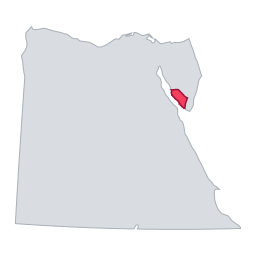 Al-Tur, Janub Sina', Egypt shown in context
{"feature_id": "37247803B51826009871737", "entity_name": "Al-Tur", "entity_type": "district", "adm_level": 2, "iso_a3": "EGY", "parent_name": "Egypt", "parent_adm1": "Janub Sina'", "projection": "orthographic", "projection_center": [33.545, 28.362], "detail": "fine", "context": "in_parent", "style": "filled", "palette": "rose", "viewbox_px": 256, "rotation_deg": 0, "n_neighbors": 0, "source": "geoboundaries", "source_scale": "gbopen_adm2", "svg_char_len": 4580}
<svg xmlns="http://www.w3.org/2000/svg" viewBox="0 0 256 256"><path d="M240.6,228.5L234.4,228.6L228.2,228.8L222.0,228.9L215.7,229.0L209.5,229.1L203.3,229.2L197.0,229.3L190.8,229.3L184.6,229.3L178.3,229.3L172.1,229.3L165.9,229.3L159.6,229.3L153.4,229.2L147.2,229.2L140.9,229.1L137.4,229.0L138.0,227.2L138.4,225.9L138.0,225.0L136.8,224.8L136.0,225.1L134.1,228.8L133.1,228.9L130.9,228.9L123.6,228.7L116.4,228.6L109.2,228.4L101.9,228.1L94.7,227.9L87.4,227.6L80.2,227.3L73.0,227.0L65.8,226.6L58.5,226.3L51.3,225.9L44.1,225.5L36.9,225.0L29.7,224.6L22.5,224.1L15.4,223.6L15.6,219.0L15.9,214.5L16.1,209.9L16.4,205.3L16.7,200.7L16.9,196.2L17.2,191.6L17.5,187.0L17.8,182.4L18.1,177.9L18.3,173.3L18.6,168.7L18.9,164.1L19.2,159.5L19.5,155.0L19.8,150.4L20.1,145.8L20.4,141.2L20.7,136.6L21.0,132.0L21.3,127.4L21.6,122.8L21.9,118.3L22.2,113.7L22.5,109.1L22.9,104.5L23.2,99.9L23.5,95.3L23.8,90.7L24.2,86.1L24.5,81.5L24.8,76.9L24.7,76.1L24.0,72.9L23.4,68.9L22.8,63.9L22.8,62.3L21.6,57.2L21.5,55.8L22.0,54.8L25.0,50.8L25.9,48.8L26.8,46.4L27.1,44.4L26.6,41.2L25.9,38.4L25.8,35.6L25.9,32.8L27.4,31.0L29.2,29.4L29.8,28.3L30.9,27.2L31.6,26.7L32.7,29.2L35.4,29.8L44.4,28.2L54.0,31.0L59.3,32.2L67.5,34.5L72.4,38.2L73.8,38.7L77.5,38.8L79.8,40.9L89.3,42.3L94.3,44.7L97.1,46.6L98.9,47.2L100.4,47.1L102.5,46.5L105.2,45.4L108.1,43.8L114.2,39.5L116.3,38.8L117.6,39.1L119.3,39.1L120.0,37.9L120.9,37.1L121.5,36.2L122.4,35.1L125.5,34.8L131.7,33.0L131.0,33.9L125.4,36.0L127.7,36.3L130.2,35.6L133.0,35.2L133.6,34.3L134.0,32.6L134.5,32.4L136.5,32.7L142.2,35.5L143.6,35.5L147.7,34.2L148.6,33.9L149.9,34.7L152.8,38.0L151.8,37.9L148.6,35.1L148.3,36.5L146.4,38.9L148.7,40.0L150.6,40.5L151.5,41.9L152.2,43.1L154.0,42.6L155.3,40.9L154.7,40.0L154.2,39.0L154.8,39.0L156.1,39.8L159.7,43.0L160.9,43.7L162.4,43.6L165.4,42.7L166.2,42.8L170.2,41.7L170.7,42.5L171.3,43.4L174.5,42.5L179.6,42.5L183.7,41.4L188.5,38.9L188.9,38.5L189.2,39.1L189.7,40.8L191.2,45.2L192.5,48.6L194.1,53.3L194.6,55.2L194.9,56.4L197.2,61.6L198.6,65.9L199.6,69.4L201.1,74.4L201.7,76.2L200.7,77.1L198.8,80.5L196.7,91.0L193.7,99.2L193.4,104.4L192.9,106.2L191.5,108.8L189.7,111.4L186.5,110.1L181.4,105.6L178.4,101.4L175.2,98.6L172.1,95.0L171.3,92.3L171.3,90.6L170.0,86.5L169.1,84.6L165.4,80.2L164.4,77.9L163.6,76.8L162.8,75.4L161.5,69.7L160.1,66.1L158.4,67.1L158.7,68.6L157.3,70.7L156.4,73.1L157.0,75.1L160.0,78.1L160.6,79.4L161.3,82.3L161.1,86.2L161.6,87.5L163.8,90.4L164.6,92.2L165.1,93.6L165.8,95.0L168.1,97.5L171.3,102.3L174.4,105.6L176.6,107.1L177.5,108.7L177.7,112.7L177.6,114.6L179.5,118.3L180.2,120.1L182.2,121.6L183.0,123.3L183.8,126.1L185.1,134.3L186.7,136.3L191.9,147.0L196.3,153.8L198.5,158.9L201.7,165.0L208.2,178.5L212.1,182.7L213.6,185.0L216.4,186.8L219.4,189.4L216.6,189.1L215.8,189.3L214.9,189.8L214.4,191.4L214.2,192.7L214.7,199.6L215.5,203.0L218.1,209.6L220.0,211.6L220.9,212.8L222.2,213.8L228.2,215.9L231.8,220.6L239.8,226.4L240.6,228.1L240.6,228.5Z" fill="#d9dde1" stroke="#a8b0b8" stroke-width="1"/><path d="M171.2,89.9L171.3,90.0L171.5,90.2L171.5,90.3L171.6,90.6L171.8,90.9L171.8,91.1L171.7,91.3L171.7,91.5L171.5,91.9L171.4,92.0L171.4,92.3L171.3,92.5L171.2,92.8L171.3,93.1L171.4,93.4L171.6,93.6L171.6,93.8L171.6,94.0L171.7,94.3L171.7,94.5L171.8,94.7L171.9,94.8L171.9,95.1L172.0,95.2L172.0,95.3L172.3,95.3L172.2,95.3L172.2,95.2L171.9,94.9L172.0,94.7L172.3,94.7L172.4,94.8L172.5,95.0L172.5,95.4L172.5,95.5L172.4,95.5L172.3,95.4L172.3,95.5L172.5,95.6L172.7,95.8L172.7,96.0L172.8,96.1L173.0,96.2L173.1,96.5L173.3,96.7L173.5,96.8L173.7,97.0L173.9,97.0L174.0,97.0L174.2,97.3L174.3,97.5L174.5,97.9L174.6,98.0L174.7,98.3L174.8,98.3L174.9,98.5L175.0,98.6L175.2,98.8L175.3,98.9L175.4,99.1L175.5,99.2L175.8,99.3L176.0,99.4L176.3,99.5L176.5,99.8L176.8,100.0L177.1,100.1L177.4,100.4L177.5,100.5L177.8,100.5L178.0,101.0L178.2,101.3L178.3,101.4L178.3,101.5L178.5,101.8L178.5,101.7L178.8,101.8L178.9,102.0L178.9,102.6L179.0,102.9L179.1,103.0L179.3,103.1L179.3,103.3L179.4,103.2L179.5,103.2L179.7,103.3L179.6,103.5L179.7,103.8L179.8,103.9L179.9,104.0L180.0,104.2L180.1,104.3L180.3,104.7L180.4,104.8L180.5,105.0L180.4,105.1L180.5,105.2L180.8,105.4L181.0,105.5L181.3,105.6L181.4,105.8L181.5,105.9L181.4,106.0L181.5,106.3L181.9,106.4L181.9,106.5L182.0,106.6L182.2,106.8L182.3,106.9L182.4,107.0L182.5,107.1L182.8,107.3L183.1,107.4L183.2,107.5L183.3,107.7L183.4,107.8L183.5,108.0L183.6,107.9L183.8,107.9L184.0,107.8L184.3,108.0L184.5,108.4L184.7,108.6L184.8,108.7L184.8,108.8L185.4,103.8L186.4,101.0L187.4,97.8L186.9,97.7L185.5,97.0L184.4,96.0L182.6,93.9L180.8,92.2L178.5,89.7L176.7,89.5L171.2,89.9Z" fill="#f43f5e" stroke="#9f1239" stroke-width="1.5"/></svg>